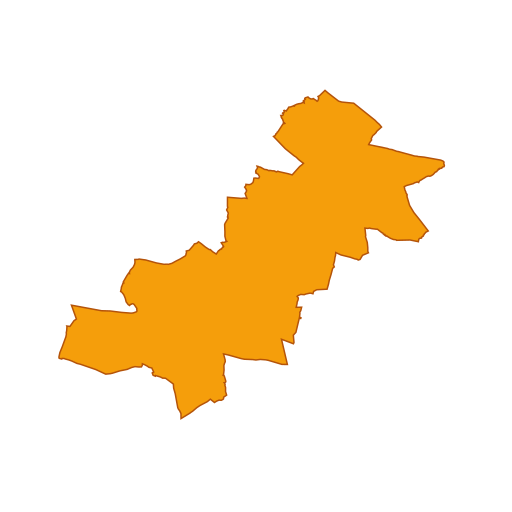 Audnedal nor, Vest-Agder, Norway, rotated 207°
{"feature_id": "86288312B28435141064864", "entity_name": "Audnedal nor", "entity_type": "district", "adm_level": 2, "iso_a3": "NOR", "parent_name": "Norway", "parent_adm1": "Vest-Agder", "projection": "natural_earth1", "projection_center": [7.384, 58.371], "detail": "fine", "context": "isolated", "style": "filled", "palette": "amber", "viewbox_px": 512, "rotation_deg": 207, "n_neighbors": 0, "source": "geoboundaries", "source_scale": "gbopen_adm2", "svg_char_len": 6129}
<svg xmlns="http://www.w3.org/2000/svg" viewBox="0 0 512 512"><g transform="rotate(207 256 256)"><path d="M269.7,434.9L272.2,427.7L273.2,426.3L271.8,425.3L271.8,424.5L271.6,424.2L271.4,422.7L271.4,422.3L271.8,421.6L273.3,422.0L275.5,422.1L276.1,422.4L276.6,422.2L277.0,421.6L278.3,420.9L280.1,420.8L281.9,421.3L283.9,419.3L284.1,418.6L284.0,418.3L283.3,417.9L283.5,417.7L283.5,417.3L284.2,415.8L283.0,415.3L283.0,414.8L282.6,414.3L284.0,414.3L284.6,413.1L285.4,412.2L286.9,411.2L288.5,409.8L290.3,407.5L289.8,407.5L289.8,407.0L291.1,406.4L292.8,404.6L294.4,403.5L294.5,402.8L294.3,402.5L294.8,399.8L294.8,399.0L297.0,398.6L297.2,398.2L296.4,397.4L296.2,396.9L296.3,396.8L296.2,396.3L296.6,395.9L297.1,395.7L297.2,395.3L296.0,394.8L295.9,393.8L296.1,393.4L297.6,392.5L297.3,392.3L297.3,392.1L296.5,391.5L296.3,391.3L296.4,391.1L295.3,390.3L294.4,390.0L294.0,389.4L293.0,388.7L292.2,387.4L291.3,387.6L290.5,387.2L291.9,386.0L292.9,376.6L293.3,376.0L293.2,375.1L293.4,374.1L293.8,373.7L293.5,372.1L294.7,370.5L278.6,364.9L267.7,362.6L265.0,362.3L261.9,361.3L258.1,360.5L255.8,360.2L256.5,358.1L257.7,355.6L260.6,344.7L264.8,343.9L274.1,341.5L275.0,341.5L275.7,340.4L276.1,340.1L276.9,340.3L277.4,340.0L278.6,340.1L279.6,339.5L282.5,338.6L282.5,338.4L283.3,337.9L285.6,337.8L287.8,337.0L292.4,337.2L292.7,336.9L294.8,336.8L295.9,336.5L294.7,335.4L294.6,334.4L294.9,333.1L294.9,331.9L294.5,330.8L293.8,330.7L293.8,329.9L291.2,329.8L289.0,328.4L288.8,327.9L288.9,326.3L292.1,325.1L293.2,324.4L292.3,321.5L292.1,320.0L293.1,317.8L293.8,317.0L294.6,316.4L297.5,315.3L297.0,314.0L297.4,312.2L294.9,310.9L294.9,310.6L294.0,309.9L293.9,308.7L294.1,306.8L290.2,303.2L292.7,302.3L295.2,300.7L308.1,295.4L304.0,287.3L303.2,286.6L303.1,283.7L300.4,281.9L299.9,280.9L299.7,279.5L298.8,278.2L299.2,278.0L299.1,277.7L298.0,277.1L298.4,271.1L298.2,269.7L294.7,263.5L292.7,259.5L289.8,256.1L288.7,255.8L290.6,253.6L292.0,253.1L293.0,252.0L289.4,250.0L289.7,249.6L289.2,249.2L290.0,247.4L290.0,247.1L289.9,246.8L290.2,246.6L290.2,246.1L290.7,245.9L291.1,245.2L291.2,244.3L291.8,243.8L292.3,239.7L296.5,240.1L299.7,241.0L300.6,240.5L305.2,241.0L310.2,242.1L313.7,242.6L314.5,240.5L316.4,238.8L316.5,237.3L318.1,230.8L320.4,228.8L319.5,227.5L319.3,226.1L319.0,225.5L319.0,224.1L322.3,218.8L325.1,215.0L327.6,211.3L330.4,208.7L331.2,208.5L334.3,206.8L341.6,204.6L352.4,202.4L358.8,200.2L359.6,199.4L362.4,197.9L360.9,195.3L360.4,193.2L360.4,190.2L361.5,186.5L361.5,184.3L360.8,183.0L361.7,183.0L362.1,180.1L362.5,172.8L361.6,172.0L362.2,171.6L361.9,169.1L361.8,167.2L361.2,165.6L360.5,162.9L359.4,162.9L357.3,162.0L355.9,161.2L353.2,158.9L350.9,156.2L347.9,154.7L346.2,154.5L345.8,155.9L345.1,156.5L344.8,157.1L344.0,157.6L342.6,157.5L338.4,155.2L337.9,154.1L337.2,153.2L337.1,152.4L337.4,151.8L339.6,149.5L341.3,148.4L350.2,144.7L361.0,140.8L368.8,137.1L398.1,128.4L387.4,118.3L388.8,115.7L389.8,108.8L392.8,107.7L392.4,107.3L392.0,106.4L390.8,103.5L390.2,101.4L389.5,100.4L388.7,97.6L387.4,87.0L386.9,80.9L385.7,76.4L384.9,75.5L382.3,76.0L382.3,76.7L380.3,77.6L379.4,77.6L375.7,78.4L372.5,78.8L366.8,79.0L363.5,79.8L347.2,82.1L336.3,82.5L332.4,85.0L330.6,86.5L325.2,91.8L319.3,96.5L316.1,100.3L313.6,102.5L309.8,104.0L307.7,105.2L307.7,107.2L308.3,108.4L305.8,108.6L302.6,108.5L300.9,108.2L298.0,108.9L294.6,106.3L294.4,105.8L295.4,105.0L295.3,104.6L293.5,103.0L291.1,103.2L291.2,103.9L286.3,104.8L283.6,104.8L282.6,105.4L281.0,106.0L271.5,104.4L269.4,100.9L265.5,96.7L256.9,85.4L255.7,84.4L253.7,83.4L251.3,81.5L249.0,77.1L243.3,86.4L243.2,86.8L242.0,88.9L239.9,94.0L238.0,97.4L233.2,104.2L231.7,107.7L226.5,106.6L225.2,108.8L223.5,110.8L221.4,111.7L220.4,113.1L220.1,113.9L220.7,115.6L219.0,118.7L221.6,121.4L223.4,125.0L225.1,126.8L225.1,127.3L225.8,128.1L226.8,128.7L226.1,129.1L225.8,130.2L226.3,131.0L229.9,134.8L231.2,134.9L231.0,135.7L231.4,136.4L232.7,139.9L234.9,143.8L235.3,145.9L235.4,147.8L236.4,149.5L240.5,154.0L235.9,155.2L222.5,157.9L219.6,158.7L212.0,162.2L208.9,163.3L205.2,165.8L200.2,167.9L197.8,168.6L183.7,171.2L178.8,173.6L195.5,193.4L182.8,194.8L182.9,196.2L186.8,202.4L185.8,206.1L189.2,220.2L187.8,220.6L187.8,221.3L189.5,221.4L190.8,224.8L191.3,225.4L191.4,226.0L191.3,227.6L192.1,231.1L196.9,228.5L197.8,232.1L198.4,233.6L198.6,235.9L199.1,237.5L199.4,237.9L201.1,238.7L200.6,239.8L198.7,242.1L195.5,243.4L194.4,244.7L191.2,247.3L190.1,247.8L188.1,248.2L188.6,250.6L186.6,253.5L177.6,258.7L178.6,263.8L179.7,267.7L180.7,273.4L182.1,279.8L181.3,281.8L183.0,283.3L183.8,287.2L185.0,290.6L185.4,292.6L186.5,295.3L180.8,295.5L171.3,297.7L166.7,298.3L164.4,299.0L163.1,298.8L161.7,300.2L161.4,305.0L157.3,309.9L158.5,310.9L160.2,314.2L163.0,318.6L167.2,322.9L167.6,324.2L171.6,330.3L169.1,331.2L167.4,332.5L166.0,332.7L161.2,334.4L160.0,335.0L154.4,333.9L153.6,334.1L152.6,333.4L151.8,333.5L151.9,333.3L151.7,333.2L150.9,333.6L150.5,332.9L149.6,333.1L149.2,332.7L148.2,333.2L147.2,333.0L144.2,332.8L141.0,333.1L138.7,334.0L137.9,333.8L126.0,340.2L118.0,342.4L118.3,342.8L118.0,343.2L118.6,344.8L118.1,346.1L116.7,347.1L117.0,347.9L116.0,349.7L116.2,350.0L116.3,350.5L116.1,350.7L115.9,351.4L116.1,351.9L115.6,353.5L115.6,354.1L113.9,356.5L127.3,362.9L135.1,366.4L142.1,370.8L147.9,376.9L149.0,378.3L148.9,378.6L149.3,379.4L151.0,380.3L152.0,381.5L153.2,382.3L155.4,385.1L153.9,387.1L148.6,392.0L147.8,393.5L147.1,393.9L146.4,394.8L145.8,395.2L144.4,395.3L144.5,396.1L144.2,397.8L143.3,398.8L142.5,400.3L141.4,402.0L140.2,404.1L138.4,405.7L137.3,406.0L136.2,407.2L135.1,409.2L134.3,412.3L133.9,412.5L133.3,413.3L133.2,414.5L132.8,415.1L133.0,415.8L132.1,416.6L132.5,417.1L132.0,417.6L131.3,417.8L130.4,418.6L130.5,419.0L130.3,419.2L130.2,419.9L129.0,421.0L129.3,422.3L130.6,423.5L131.0,424.8L131.2,425.1L132.5,425.5L135.0,425.3L151.2,420.4L156.3,418.4L156.8,418.1L157.6,418.1L160.0,417.1L177.0,413.6L177.9,413.2L183.1,412.6L185.6,411.7L187.6,411.5L206.2,406.4L206.2,408.4L205.7,411.9L206.6,412.9L206.6,416.4L205.9,417.8L205.0,420.6L205.1,421.4L204.8,422.5L202.7,427.9L205.9,429.3L208.7,430.0L211.6,431.0L238.3,436.5L249.5,432.1L252.7,431.5L265.5,433.9L269.7,434.9Z" fill="#f59e0b" stroke="#b45309" stroke-width="1.5"/></g></svg>